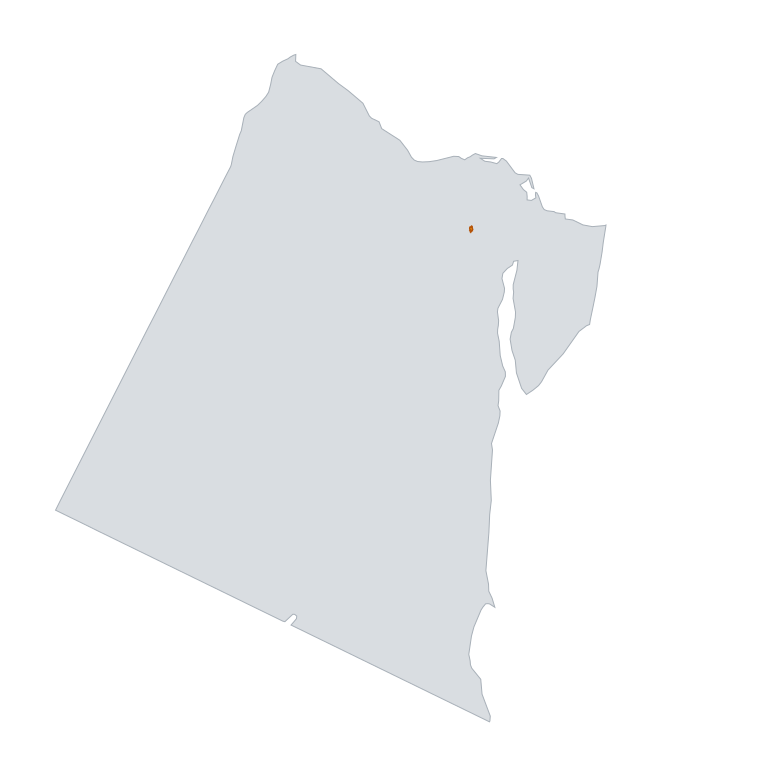 Auseem, Al Jizah, Egypt (highlighted), rotated 26°
{"feature_id": "37247803B16391777329697", "entity_name": "Auseem", "entity_type": "district", "adm_level": 2, "iso_a3": "EGY", "parent_name": "Egypt", "parent_adm1": "Al Jizah", "projection": "equal_earth", "projection_center": [31.148, 30.12], "detail": "fine", "context": "in_parent", "style": "filled", "palette": "amber", "viewbox_px": 768, "rotation_deg": 26, "n_neighbors": 0, "source": "geoboundaries", "source_scale": "gbopen_adm2", "svg_char_len": 4398}
<svg xmlns="http://www.w3.org/2000/svg" viewBox="0 0 768 768"><g transform="rotate(26 384 384)"><path d="M626.9,641.4L613.6,641.4L600.3,641.4L586.9,641.4L573.6,641.4L560.3,641.4L547.0,641.4L533.7,641.4L520.3,641.4L507.0,641.4L493.7,641.4L480.4,641.4L467.0,641.4L453.7,641.4L440.4,641.4L427.1,641.4L413.7,641.4L406.1,641.4L407.4,636.6L408.2,633.2L407.3,630.8L404.7,630.2L403.0,630.9L399.1,641.1L397.0,641.5L392.3,641.5L376.7,641.5L361.2,641.5L345.7,641.5L330.2,641.5L314.7,641.5L299.2,641.5L283.7,641.5L268.2,641.5L252.6,641.5L237.1,641.5L221.6,641.5L206.1,641.5L190.6,641.5L175.1,641.4L159.6,641.4L144.1,641.4L144.2,629.2L144.4,617.0L144.6,604.8L144.8,592.6L145.0,580.4L145.2,568.2L145.4,556.1L145.6,543.9L145.8,531.8L146.0,519.7L146.2,507.6L146.4,495.4L146.6,483.4L146.8,471.3L147.0,459.2L147.2,447.2L147.4,435.1L147.7,423.1L147.9,411.1L148.1,399.1L148.3,387.1L148.5,375.1L148.8,363.1L149.0,351.2L149.2,339.2L149.5,327.3L149.7,315.4L149.9,303.5L150.2,291.6L150.4,279.7L150.6,267.8L150.9,256.0L150.6,253.8L148.5,245.8L146.8,235.5L144.9,223.0L144.7,218.9L141.3,206.1L141.1,202.4L142.1,199.8L148.2,189.0L150.1,183.7L151.8,177.4L152.4,172.3L150.8,164.5L148.9,157.4L148.4,150.2L148.3,143.2L151.4,138.3L155.1,133.8L156.5,131.1L158.7,128.0L160.3,126.5L163.1,132.8L169.2,133.9L189.3,128.3L211.2,133.9L223.3,136.1L242.0,140.9L253.3,149.5L256.4,150.6L264.6,150.5L270.0,155.5L291.4,158.0L302.8,163.6L309.2,168.1L313.1,169.5L316.6,169.3L321.2,167.6L327.1,164.4L333.5,160.0L346.8,148.8L351.5,146.8L354.6,147.3L358.3,147.1L359.9,144.1L361.8,142.0L363.1,139.6L365.1,136.8L372.0,136.0L385.7,131.1L384.2,133.4L371.6,138.9L377.0,139.6L382.5,137.7L388.8,136.5L389.9,134.2L390.8,129.8L392.0,129.2L396.3,130.0L409.2,136.7L412.4,136.9L421.5,133.2L423.5,132.4L426.4,134.5L433.2,142.8L430.8,142.7L423.6,135.5L423.0,139.1L418.9,145.4L424.0,148.1L428.2,149.1L430.4,152.6L431.9,155.8L436.0,154.4L438.9,150.1L437.3,147.8L436.3,145.3L437.6,145.2L440.5,147.3L448.7,155.4L451.5,157.0L454.7,156.8L461.3,154.5L463.2,154.8L472.1,151.9L473.2,154.0L474.6,156.2L481.8,153.8L493.1,153.8L502.3,151.2L513.0,144.8L513.8,143.8L514.4,145.4L515.7,149.8L519.1,160.9L522.1,169.6L525.7,181.7L526.8,186.4L527.3,189.6L532.6,202.9L535.7,213.9L538.0,222.8L541.3,235.9L542.7,240.4L540.5,242.8L536.2,251.3L531.8,278.4L525.3,299.6L524.6,312.9L523.6,317.7L520.5,324.4L516.6,331.0L509.6,327.6L498.2,316.0L491.5,305.0L484.4,297.8L477.7,288.4L475.8,281.7L475.9,277.3L472.9,266.7L470.7,261.7L462.5,250.5L460.2,244.5L458.4,241.9L456.6,238.1L453.6,223.5L450.3,214.3L446.7,216.9L447.3,220.8L444.2,226.1L442.3,232.4L443.8,237.5L450.4,245.2L451.8,248.6L453.4,256.0L453.2,266.0L454.3,269.4L459.3,276.9L461.1,281.3L462.2,285.1L463.8,288.6L468.8,295.1L476.0,307.5L482.8,315.8L487.7,319.9L489.8,323.9L490.3,334.4L490.0,339.3L494.4,348.7L496.0,353.5L500.2,357.4L502.1,361.8L503.9,369.0L506.7,390.4L510.4,395.7L521.8,423.8L531.5,441.7L536.2,455.0L543.3,471.3L557.4,507.1L565.7,518.1L569.0,524.3L575.0,529.1L581.5,536.1L575.4,535.4L573.8,535.8L571.7,537.0L570.7,541.2L570.3,544.6L571.3,562.9L573.1,572.2L578.7,589.8L582.8,595.1L584.8,598.5L587.5,601.0L600.4,607.0L608.1,619.8L625.1,635.9L626.9,640.4L626.9,641.4Z" fill="#d9dde1" stroke="#a8b0b8" stroke-width="1"/><path d="M395.9,206.0L395.7,205.9L395.4,205.7L395.2,205.5L395.1,205.4L395.0,205.2L394.9,205.2L394.7,205.0L394.7,204.9L394.4,204.8L394.3,204.7L394.2,204.7L394.0,204.4L393.9,204.3L393.9,204.1L393.8,203.9L393.7,203.8L393.5,204.0L393.8,204.6L393.7,204.7L393.4,204.6L393.4,204.8L393.3,205.0L393.2,205.1L392.8,205.0L392.7,205.1L392.5,205.3L392.6,205.6L392.6,205.8L392.6,206.0L392.7,206.3L392.9,206.5L393.0,206.9L393.2,207.2L393.3,207.3L393.5,207.4L393.6,207.5L393.8,207.5L393.8,207.8L394.0,207.8L394.1,208.0L394.0,208.3L394.3,208.3L394.3,208.1L394.5,207.9L394.9,207.9L395.0,207.9L395.2,207.7L395.3,207.8L395.5,207.8L395.8,207.7L396.2,207.5L396.1,207.3L396.0,207.2L395.9,207.1L395.9,206.9L395.9,206.6L395.9,206.3L395.9,206.0L395.9,206.0ZM395.4,209.6L395.4,209.4L395.4,209.2L395.5,208.9L395.6,208.7L395.5,208.4L395.2,208.3L394.8,208.3L394.6,208.3L394.6,208.6L394.6,208.9L394.7,209.0L394.9,209.1L394.9,209.4L395.1,209.5L395.4,209.6L395.4,209.6ZM393.8,203.8L393.9,204.0L394.0,204.3L394.1,204.5L394.3,204.6L394.5,204.7L394.6,204.8L394.8,204.9L394.7,204.8L394.7,204.7L394.5,204.4L394.4,204.4L394.4,204.2L394.2,204.0L394.2,203.9L393.9,203.8L393.8,203.8Z" fill="#f59e0b" stroke="#b45309" stroke-width="1.5"/></g></svg>